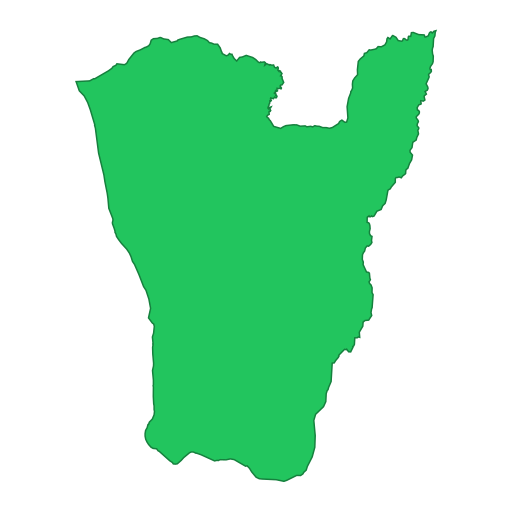 Kota Pagar Alam, Sumatera Selatan, Indonesia
{"feature_id": "22746128B19740076763731", "entity_name": "Kota Pagar Alam", "entity_type": "district", "adm_level": 2, "iso_a3": "IDN", "parent_name": "Indonesia", "parent_adm1": "Sumatera Selatan", "projection": "equal_earth", "projection_center": [103.303, -4.121], "detail": "fine", "context": "isolated", "style": "filled", "palette": "green", "viewbox_px": 512, "rotation_deg": 0, "n_neighbors": 0, "source": "geoboundaries", "source_scale": "gbopen_adm2", "svg_char_len": 5906}
<svg xmlns="http://www.w3.org/2000/svg" viewBox="0 0 512 512"><path d="M276.3,479.7L283.9,481.3L286.8,480.3L296.7,475.4L300.6,475.5L302.9,473.9L303.7,472.4L306.2,470.1L307.3,466.5L312.2,456.9L314.8,447.3L315.2,435.6L313.8,420.4L315.6,414.3L323.5,406.7L325.8,401.6L326.2,393.6L327.2,390.5L328.0,389.7L328.6,387.4L331.1,381.5L332.2,363.1L334.2,362.9L335.6,360.6L338.2,357.5L339.0,356.0L338.7,355.3L344.6,349.3L346.2,349.7L346.7,349.2L348.6,351.8L350.7,351.9L353.0,347.2L352.8,346.5L353.7,345.9L354.4,344.4L354.8,337.8L357.2,337.8L358.4,336.9L359.7,337.3L359.3,332.2L362.8,326.2L363.1,322.1L365.0,320.5L368.7,320.1L371.7,315.5L371.0,312.5L371.7,308.4L372.1,307.9L373.1,294.7L372.0,292.6L372.1,287.8L371.0,284.9L369.6,283.5L369.0,281.8L370.0,280.5L370.4,279.4L369.9,278.5L369.4,273.2L368.6,272.4L366.5,272.0L363.1,264.6L363.3,262.1L362.3,259.4L362.5,254.7L363.4,252.7L364.6,251.1L365.4,247.9L367.2,245.9L368.6,246.2L370.6,244.5L371.9,242.5L371.5,240.4L372.0,236.4L370.6,235.7L369.5,233.6L369.4,231.7L370.1,228.7L369.9,225.7L369.4,223.8L368.7,222.8L367.1,222.3L367.2,217.5L367.6,216.7L368.3,216.7L369.0,215.9L369.5,216.7L370.7,216.7L371.5,215.9L372.6,216.6L374.1,216.0L376.9,211.2L381.1,209.5L382.7,205.7L385.1,203.4L386.2,199.9L387.9,190.5L388.3,189.9L390.3,188.8L391.2,187.1L395.3,182.3L395.3,178.7L395.9,177.6L397.6,177.5L399.0,176.9L401.3,177.8L402.6,176.0L405.2,174.0L405.6,173.5L405.8,170.4L406.3,169.4L407.8,168.3L409.5,163.5L411.6,159.9L412.5,155.1L410.1,152.2L410.0,150.3L412.0,147.6L412.8,142.3L416.2,140.0L416.8,137.4L418.5,133.9L417.8,130.3L418.7,128.8L418.8,127.9L417.1,125.7L417.1,125.2L417.4,123.6L418.4,121.7L418.0,120.3L416.3,118.0L416.2,117.2L416.3,116.7L418.8,114.1L419.3,113.0L419.4,111.8L418.6,110.4L417.5,110.1L417.1,107.8L418.8,104.8L420.9,104.2L421.2,103.1L420.7,102.2L420.8,100.7L423.4,101.1L424.9,100.0L424.1,96.6L424.4,95.7L426.4,94.1L425.1,91.5L427.3,90.2L428.0,88.6L427.8,87.1L426.1,83.8L429.0,77.4L429.1,76.2L428.7,75.6L428.6,74.4L430.8,72.3L431.4,71.2L431.2,69.5L430.2,69.6L429.9,68.3L430.6,66.3L432.5,63.6L433.1,61.7L433.3,56.1L432.6,54.0L432.2,50.2L432.7,47.4L433.1,46.9L433.6,38.5L434.9,35.9L435.2,32.5L435.9,30.7L434.0,31.2L432.2,33.0L431.1,31.9L430.4,32.0L429.4,33.0L428.3,35.8L425.7,37.0L424.7,36.8L424.5,35.3L424.1,34.9L418.7,34.6L413.3,32.5L411.8,32.6L411.4,32.7L410.7,36.4L408.8,36.2L408.3,36.9L408.1,39.1L407.6,40.1L406.4,40.1L404.6,38.6L403.4,38.6L402.5,40.7L401.7,41.2L398.2,40.6L396.0,37.3L392.8,35.5L392.3,35.8L390.1,38.9L387.9,37.5L387.0,38.8L386.6,41.9L384.9,44.9L381.3,46.8L378.1,46.6L376.3,48.7L374.9,49.2L370.6,50.1L369.2,49.8L366.8,52.7L364.4,53.4L363.9,55.9L360.3,58.9L358.3,61.4L357.4,69.7L357.6,74.7L354.6,78.0L352.8,80.9L352.4,84.2L352.6,88.0L351.7,90.3L350.8,91.6L350.7,93.0L348.6,98.4L347.1,106.7L347.9,117.9L346.6,122.1L344.8,122.3L341.9,120.1L340.2,121.1L339.2,122.2L338.7,123.5L332.4,127.5L329.4,128.3L326.2,127.6L322.7,127.6L319.2,126.3L316.9,126.2L314.8,125.7L312.7,126.9L310.7,126.3L306.8,126.8L305.2,125.9L300.2,126.2L296.8,124.9L293.2,124.8L286.0,125.6L283.4,126.7L280.7,128.4L273.7,126.4L270.3,120.7L269.3,119.8L268.5,118.1L267.4,117.6L266.7,116.4L267.9,115.0L269.2,114.4L269.0,111.8L269.3,111.3L270.1,111.4L270.7,110.5L269.9,108.9L269.8,108.1L270.6,107.8L271.1,106.9L269.3,107.6L268.6,108.9L268.1,108.5L268.0,107.4L269.0,105.3L269.0,104.2L269.6,103.6L269.9,100.8L270.6,101.2L271.3,100.6L270.5,98.4L270.7,97.9L273.4,98.7L274.6,97.1L275.9,97.9L276.4,97.7L277.0,96.3L276.5,95.4L275.8,95.4L276.0,94.6L275.8,93.8L274.4,93.4L274.4,92.9L275.3,92.4L275.4,91.1L275.9,90.5L276.7,91.4L277.5,90.8L277.0,89.9L277.1,88.3L278.8,88.7L280.0,88.0L281.0,88.9L281.3,88.6L281.4,87.9L280.1,86.0L280.6,85.1L282.0,84.9L283.7,82.4L282.1,78.6L282.1,76.8L281.5,76.0L280.6,75.8L282.0,73.6L281.0,72.2L280.5,72.2L280.4,71.1L279.2,70.6L278.9,71.3L277.8,70.0L278.3,68.2L278.0,67.2L277.5,66.9L276.1,68.0L274.5,67.2L273.6,65.0L271.8,65.2L270.0,64.6L269.7,65.1L266.7,63.7L264.8,65.2L265.4,62.7L264.3,61.9L261.8,62.3L260.5,62.0L260.1,62.6L259.3,62.6L258.2,62.0L255.7,59.5L252.7,57.5L246.2,55.4L242.3,57.0L239.6,57.4L236.7,61.0L234.2,58.6L232.3,55.3L232.0,54.3L230.7,54.3L229.5,53.5L228.0,55.2L226.3,55.8L222.1,53.5L222.0,52.3L221.5,51.7L220.2,47.9L217.6,44.2L214.0,44.2L211.6,43.1L209.4,42.7L207.5,40.6L204.3,38.8L199.9,37.4L197.1,35.8L194.3,36.0L191.4,36.9L187.3,37.1L179.8,39.3L177.7,40.1L177.3,40.9L171.3,42.6L168.3,39.6L163.6,38.9L160.8,37.6L160.0,37.5L157.5,38.4L153.4,38.7L151.2,40.2L150.2,43.7L148.8,45.7L145.9,47.3L145.2,47.3L140.5,49.8L136.1,51.5L134.0,53.0L128.8,59.5L127.0,62.9L125.6,64.1L124.3,64.7L116.9,63.8L115.9,65.3L113.1,66.6L111.9,68.3L108.5,70.8L94.7,78.8L93.7,78.7L89.6,80.9L76.1,81.6L79.3,90.8L84.2,95.9L87.7,102.5L90.3,109.7L94.8,124.8L94.6,125.2L95.4,128.2L98.6,153.1L103.9,174.9L104.9,181.6L107.2,193.2L107.9,198.0L108.8,208.3L112.7,218.3L113.0,220.0L112.4,222.5L112.5,223.8L114.0,227.8L115.0,231.1L115.0,232.3L116.0,234.2L116.5,236.4L118.7,239.7L121.5,243.4L126.7,249.1L129.4,253.1L131.0,256.6L132.5,261.4L134.5,264.4L138.9,274.4L143.6,286.6L146.0,290.3L148.9,299.1L150.6,308.4L148.5,317.9L152.4,323.1L153.7,324.0L154.3,326.4L153.6,333.2L152.4,337.0L153.1,343.9L152.8,344.0L153.0,345.0L152.6,347.4L152.8,354.1L153.6,363.3L153.5,366.0L152.5,370.5L153.4,380.2L153.4,384.7L153.1,385.7L153.4,387.0L153.3,396.4L153.7,403.9L154.1,405.8L154.1,409.6L154.5,411.4L154.1,414.8L152.3,419.1L149.3,422.2L148.6,424.4L148.0,424.5L147.1,427.8L145.6,430.4L145.1,433.6L145.1,436.1L145.7,439.2L147.0,442.0L148.6,444.5L151.0,447.2L153.1,448.4L156.6,448.8L158.1,450.8L159.3,451.4L169.8,460.8L172.4,462.5L173.3,463.9L175.5,464.1L177.3,463.8L181.2,460.4L183.7,457.6L189.6,452.7L191.2,452.0L193.4,452.0L195.9,453.2L196.7,453.2L201.0,454.7L214.6,460.9L217.2,460.3L218.1,460.6L220.0,459.7L226.1,459.8L230.3,458.9L234.2,459.6L245.6,466.2L247.1,465.8L249.5,468.3L251.7,471.9L256.1,477.2L259.2,478.7L261.8,479.0L276.3,479.7Z" fill="#22c55e" stroke="#15803d" stroke-width="1.5"/></svg>